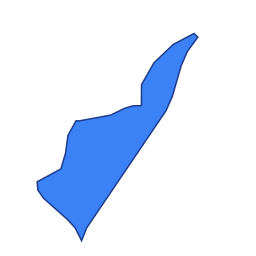 SVG path tracing the border of Saint Croix, rotated 313°
{"feature_id": "VIR-4870", "entity_name": "Saint Croix", "entity_type": "state/province", "adm_level": 1, "iso_a3": "VIR", "parent_name": "United States Virgin Islands", "parent_adm1": "", "projection": "robinson", "projection_center": [-64.734, 17.738], "detail": "fine", "context": "isolated", "style": "filled", "palette": "blue", "viewbox_px": 256, "rotation_deg": 313, "n_neighbors": 0, "source": "natural_earth", "source_scale": "10m", "svg_char_len": 466}
<svg xmlns="http://www.w3.org/2000/svg" viewBox="0 0 256 256"><g transform="rotate(313 128 128)"><path d="M242.1,117.1L224.5,119.2L209.9,124.4L181.3,138.9L166.6,144.0L26.7,165.9L13.9,170.9L18.9,157.5L19.8,146.2L19.0,114.3L21.1,104.4L26.7,98.2L52.3,106.8L66.8,99.6L81.7,89.1L97.9,85.1L99.6,87.2L125.6,106.5L139.9,112.0L147.2,116.2L153.5,122.5L169.0,108.3L193.4,102.5L220.0,104.1L242.1,111.8L242.1,117.1Z" fill="#3b82f6" stroke="#1e3a8a" stroke-width="1.5"/></g></svg>